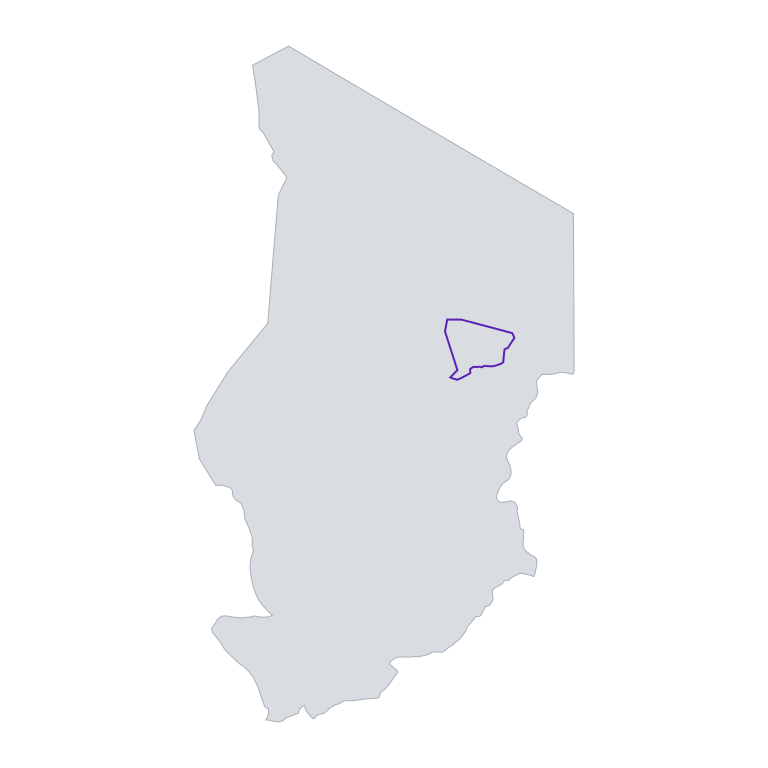 Mourtcha, Ennedi, Chad shown in context
{"feature_id": "50815135B12013942151217", "entity_name": "Mourtcha", "entity_type": "district", "adm_level": 2, "iso_a3": "TCD", "parent_name": "Chad", "parent_adm1": "Ennedi", "projection": "natural_earth1", "projection_center": [21.235, 16.282], "detail": "fine", "context": "in_parent", "style": "outline", "palette": "violet", "viewbox_px": 768, "rotation_deg": 0, "n_neighbors": 0, "source": "geoboundaries", "source_scale": "gbopen_adm2", "svg_char_len": 4235}
<svg xmlns="http://www.w3.org/2000/svg" viewBox="0 0 768 768"><path d="M573.4,213.6L573.5,232.5L573.6,251.4L573.7,270.3L573.8,289.1L573.9,308.0L573.9,326.9L574.0,345.8L574.1,364.7L574.1,370.9L573.7,373.4L573.5,373.8L572.8,374.2L564.2,372.4L560.5,372.4L555.2,373.8L547.5,374.5L542.5,374.2L539.0,377.5L536.3,381.4L537.6,390.8L537.3,393.9L536.3,397.1L534.0,399.9L531.6,402.1L530.2,404.0L528.5,408.3L527.2,410.2L527.3,412.9L526.9,415.7L525.5,417.2L521.9,418.2L519.6,419.5L517.7,421.5L516.5,423.0L517.1,424.9L518.0,427.6L518.6,431.8L518.9,434.2L520.7,436.2L521.8,437.7L522.2,439.4L521.1,440.9L516.7,443.9L515.0,445.0L513.0,446.6L512.2,447.2L509.0,450.0L507.4,452.6L506.6,454.7L506.6,457.7L508.3,462.1L510.0,465.8L510.7,468.6L511.1,471.7L511.0,474.6L510.1,477.2L508.5,479.5L502.4,483.8L499.4,488.5L497.0,494.3L496.4,497.4L497.1,499.5L498.3,501.3L500.2,502.2L502.8,502.4L507.1,501.5L511.2,500.8L515.5,502.9L517.8,507.7L516.9,511.2L518.5,517.6L520.0,525.4L519.9,527.9L520.5,528.9L523.2,529.4L523.8,531.2L523.0,544.8L524.2,548.6L526.0,551.3L528.1,552.7L530.1,554.5L531.2,555.7L533.6,556.0L536.2,558.5L537.0,561.8L536.8,565.0L535.3,571.8L534.0,576.5L532.5,576.1L529.3,575.0L525.4,574.0L520.7,573.2L516.2,575.1L511.4,577.5L509.8,579.3L508.5,580.4L506.3,580.2L504.4,580.6L503.3,582.3L501.5,584.2L494.5,588.2L493.1,589.6L492.2,591.0L492.2,592.6L492.9,595.8L492.9,599.8L491.3,603.1L489.5,605.2L487.4,606.1L485.7,606.5L484.6,607.9L480.9,615.3L479.3,616.6L476.1,616.4L466.9,627.4L466.0,630.7L462.6,635.3L458.3,640.4L454.5,642.9L454.2,643.8L453.2,644.8L450.8,645.9L442.6,652.2L432.9,651.9L428.5,654.4L424.3,655.5L418.2,656.7L416.3,656.6L408.4,657.1L399.2,656.9L395.6,657.8L392.3,660.1L389.8,662.2L389.5,662.9L389.8,663.8L389.7,664.5L396.2,669.6L397.8,672.1L396.2,674.5L395.4,674.8L395.3,675.0L394.2,676.9L390.4,682.7L384.7,689.5L381.7,691.4L380.5,692.7L379.0,697.2L378.0,697.8L374.0,698.4L366.1,698.9L355.3,700.4L348.8,700.9L344.7,700.5L339.0,703.6L337.0,704.4L335.7,704.6L330.1,707.7L325.4,712.4L323.7,713.2L317.1,715.2L314.4,718.5L313.2,718.7L309.0,714.5L306.1,710.6L304.7,706.7L304.6,705.4L303.8,705.7L301.4,707.4L299.4,709.4L298.5,713.1L291.7,715.7L285.8,717.8L283.1,720.6L279.0,721.9L273.8,721.4L269.7,720.2L265.8,719.9L267.7,716.5L268.4,713.9L268.6,710.8L268.4,708.7L266.0,707.7L264.5,706.0L261.1,696.2L257.6,686.2L252.7,676.2L247.4,669.9L243.5,666.0L242.2,665.6L240.2,664.3L238.8,663.2L231.7,656.5L224.4,649.0L222.5,645.5L218.8,640.4L214.7,635.1L212.6,632.7L211.6,628.3L214.5,624.4L217.5,619.5L221.3,616.2L226.2,615.9L234.2,617.3L242.8,617.8L251.4,616.8L253.6,616.0L255.8,616.1L260.4,617.2L268.4,617.0L272.5,615.0L268.1,611.6L263.3,606.2L258.9,600.2L256.2,594.8L253.7,587.9L251.5,579.4L250.1,568.3L250.4,562.0L251.1,557.5L253.5,550.2L252.0,545.9L252.4,542.5L252.1,537.3L251.4,534.7L248.3,526.2L247.7,525.3L245.0,519.4L243.8,509.6L240.8,503.1L235.8,500.0L233.0,496.1L232.0,489.4L230.0,487.6L222.2,485.3L215.7,485.2L211.0,477.6L204.9,467.8L199.3,458.8L195.9,440.6L193.9,430.2L196.3,427.0L201.0,419.6L207.1,405.4L220.6,383.5L227.6,372.2L241.4,355.4L258.3,334.8L267.8,323.2L269.5,302.0L271.3,279.6L272.7,262.7L274.3,242.6L275.8,225.8L276.8,213.6L278.2,196.3L279.4,193.0L286.0,179.4L286.6,177.5L285.4,175.3L276.2,163.7L273.3,161.1L271.7,155.1L274.1,151.8L263.1,132.4L260.3,130.0L259.1,127.6L259.0,124.1L259.0,110.7L256.3,89.7L252.6,65.1L265.8,58.2L275.8,52.8L288.6,46.1L300.2,53.0L317.2,63.1L334.1,73.1L351.1,83.1L368.1,93.2L385.1,103.2L402.2,113.2L419.2,123.3L436.3,133.3L453.4,143.3L470.5,153.4L487.6,163.4L504.7,173.4L521.9,183.5L539.0,193.5L556.2,203.5L573.4,213.6Z" fill="#d9dde1" stroke="#a8b0b8" stroke-width="1"/><path d="M450.3,377.4L450.6,377.5L452.0,378.1L453.7,378.7L454.7,379.0L455.3,379.1L456.9,379.8L460.5,378.4L461.0,378.2L464.5,376.3L466.0,375.5L467.0,374.9L470.3,373.1L470.2,371.1L470.2,369.1L470.2,368.9L473.0,367.1L473.5,366.8L477.1,367.0L479.4,366.7L481.4,367.1L481.9,367.3L482.8,366.7L484.0,365.9L487.1,366.1L491.3,366.3L491.7,366.3L494.3,366.0L497.5,365.0L497.9,364.8L500.3,364.1L500.7,364.0L501.9,363.1L502.0,363.1L503.2,362.3L504.5,349.3L507.9,347.8L514.4,337.8L512.4,333.4L512.2,333.1L461.4,319.6L447.2,319.6L445.0,331.5L451.1,350.5L457.4,370.1L453.4,374.2L450.3,377.4Z" fill="none" stroke="#5b21b6" stroke-width="2"/></svg>